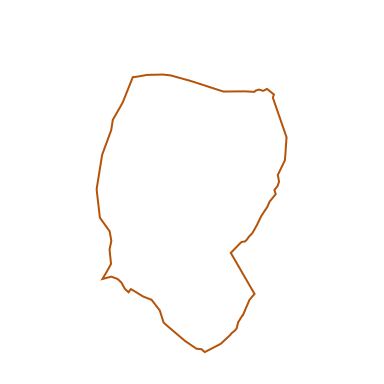 San Pedro Topiltepec, Oaxaca, Mexico, rotated 34°
{"feature_id": "50627088B10817237938437", "entity_name": "San Pedro Topiltepec", "entity_type": "district", "adm_level": 2, "iso_a3": "MEX", "parent_name": "Mexico", "parent_adm1": "Oaxaca", "projection": "mercator", "projection_center": [-97.35, 17.457], "detail": "fine", "context": "isolated", "style": "outline", "palette": "amber", "viewbox_px": 384, "rotation_deg": 34, "n_neighbors": 0, "source": "geoboundaries", "source_scale": "gbopen_adm2", "svg_char_len": 1176}
<svg xmlns="http://www.w3.org/2000/svg" viewBox="0 0 384 384"><g transform="rotate(34 192 192)"><path d="M303.7,288.9L303.7,287.3L305.1,282.7L305.3,280.1L303.1,274.2L302.8,265.9L303.1,265.6L301.4,256.9L300.5,252.0L300.0,249.5L300.0,249.2L300.8,241.5L258.2,220.8L260.8,206.4L261.2,205.6L263.6,203.3L264.1,201.1L264.2,197.0L265.0,192.6L264.9,190.5L264.6,186.8L264.3,183.1L262.9,173.6L262.8,168.7L262.8,167.9L262.8,162.5L261.7,156.6L262.6,147.0L259.2,144.3L259.6,139.3L258.4,134.8L253.6,129.8L251.3,113.9L248.4,108.6L243.5,100.2L239.8,93.8L218.8,78.0L206.3,68.6L205.4,65.4L196.5,64.6L194.7,68.0L193.8,68.6L190.3,69.6L188.1,72.3L187.7,74.1L179.4,79.1L172.1,84.1L161.8,91.2L129.4,100.5L109.3,107.2L102.2,110.9L89.2,120.1L84.9,124.3L81.7,127.4L78.7,129.9L84.5,156.6L86.0,176.5L90.4,185.8L96.7,211.4L111.2,242.7L113.0,245.0L130.0,264.8L145.8,270.7L152.5,277.7L155.8,285.8L165.1,296.9L165.9,305.8L166.4,314.2L172.4,307.3L179.0,305.7L184.2,306.6L190.4,309.8L195.5,310.6L195.6,306.7L201.7,306.3L209.8,306.0L218.8,304.0L231.5,308.2L241.6,316.2L249.7,317.2L269.7,319.4L283.4,319.4L287.8,317.0L292.1,317.6L300.7,301.8L303.7,288.9Z" fill="none" stroke="#b45309" stroke-width="2"/></g></svg>